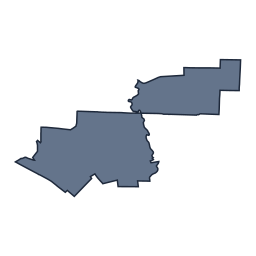 Galbinasi, Calarasi, Romania
{"feature_id": "2599482B621131645392", "entity_name": "Galbinasi", "entity_type": "district", "adm_level": 2, "iso_a3": "ROU", "parent_name": "Romania", "parent_adm1": "Calarasi", "projection": "equal_earth", "projection_center": [26.45, 44.33], "detail": "fine", "context": "isolated", "style": "filled", "palette": "slate", "viewbox_px": 256, "rotation_deg": 0, "n_neighbors": 0, "source": "geoboundaries", "source_scale": "gbopen_adm2", "svg_char_len": 3894}
<svg xmlns="http://www.w3.org/2000/svg" viewBox="0 0 256 256"><path d="M149.8,181.2L149.8,180.1L149.6,178.8L149.5,178.0L149.7,177.0L150.3,176.4L151.7,174.8L151.9,174.7L152.6,174.2L153.6,173.7L154.7,173.2L155.3,173.0L156.4,172.1L157.3,171.1L157.7,170.3L157.8,169.6L157.9,168.9L157.5,167.8L156.6,166.6L156.4,165.9L158.2,163.5L158.8,161.8L158.8,161.5L152.2,162.6L150.9,162.7L150.3,160.9L151.6,160.5L153.4,159.6L152.6,158.5L152.3,158.2L153.2,157.6L152.7,157.2L152.4,156.8L152.1,156.1L151.9,155.8L151.9,155.5L152.3,154.8L153.1,153.6L153.4,152.9L153.3,152.0L152.3,150.6L150.9,149.1L150.4,148.5L149.9,147.2L149.3,144.3L148.9,142.8L148.4,142.0L147.5,141.1L147.0,140.4L146.7,139.6L146.2,138.1L146.1,137.2L146.1,136.1L146.7,134.8L148.8,135.3L149.1,135.0L149.2,134.7L149.3,134.1L148.6,132.6L148.2,132.0L147.8,131.4L147.5,130.5L146.5,129.5L144.6,127.6L144.3,127.2L144.1,126.5L143.6,124.6L143.5,123.9L143.4,123.2L143.3,122.6L144.0,121.2L144.4,120.4L143.9,119.0L143.8,118.8L142.7,118.1L141.8,117.2L141.8,115.9L141.5,115.1L141.4,114.3L141.2,113.2L158.2,113.5L161.9,113.7L163.6,114.2L168.0,114.2L168.8,114.4L169.0,114.4L169.5,114.3L170.6,114.3L196.5,115.1L197.1,114.7L197.7,114.6L198.5,114.7L199.0,114.5L199.8,114.0L200.3,113.8L200.7,113.8L210.8,114.2L218.9,114.5L219.2,109.0L219.5,98.3L219.6,97.1L219.8,94.8L220.0,90.3L229.9,90.5L239.2,90.6L239.2,88.0L239.4,85.4L239.5,84.4L239.7,79.2L240.3,67.9L240.6,59.9L220.4,59.6L220.1,68.1L215.6,68.0L210.1,67.9L199.5,67.9L190.4,67.8L185.2,67.6L183.9,67.6L184.0,75.3L160.6,76.7L158.1,77.5L157.7,77.7L154.2,79.3L148.5,81.8L145.9,82.9L144.3,83.3L143.5,83.3L143.1,83.2L142.5,83.0L141.9,82.7L140.2,81.7L139.0,80.6L138.6,80.4L137.9,80.2L138.0,80.5L138.0,81.4L137.8,82.7L137.0,83.9L136.0,85.3L135.3,86.4L135.2,87.0L135.4,87.3L136.8,87.7L137.8,88.2L138.4,88.4L139.0,89.2L138.9,89.7L138.3,90.4L138.2,90.9L138.5,93.9L138.3,94.2L137.1,95.3L135.9,96.0L134.7,96.7L133.8,97.1L133.3,97.5L132.8,98.0L132.5,98.6L132.1,99.5L131.8,99.7L131.3,99.9L130.7,99.8L129.6,99.5L129.1,99.5L128.7,99.9L128.4,100.2L128.3,100.7L128.3,101.0L128.5,101.2L128.8,101.5L129.5,101.6L130.4,101.8L131.2,102.1L131.6,102.5L131.9,103.1L132.1,103.8L132.1,104.6L131.8,105.2L131.4,105.7L130.6,106.8L130.6,107.2L130.8,107.8L131.9,109.5L132.4,110.3L132.9,111.0L133.5,111.3L134.0,111.4L134.6,111.4L135.5,111.5L136.2,111.7L137.2,111.9L137.8,111.9L138.1,111.8L138.3,111.6L138.3,111.3L138.4,110.9L138.7,110.5L138.9,110.3L139.3,110.2L139.5,110.2L139.7,110.3L140.3,111.2L140.6,111.7L140.8,112.5L140.8,112.9L139.9,113.1L137.1,113.2L132.9,113.1L131.3,113.2L127.5,113.0L123.7,112.8L122.7,112.7L121.6,112.6L114.6,112.5L108.3,112.4L107.5,112.4L107.4,112.4L106.5,112.4L106.2,112.3L101.8,112.2L100.8,112.1L98.6,112.0L97.4,111.8L95.4,111.8L93.1,111.7L89.4,111.6L86.9,111.5L81.2,111.3L77.3,111.2L77.1,111.4L77.0,115.0L76.7,123.2L75.9,126.2L73.1,128.2L70.8,129.6L70.6,129.8L62.4,128.9L58.6,128.4L50.6,127.7L46.3,127.3L41.3,127.2L41.1,127.2L41.0,129.1L41.0,130.7L41.0,132.0L40.9,133.0L40.9,134.1L40.9,135.0L40.9,138.1L40.9,140.1L40.9,140.6L40.9,141.1L41.0,141.7L40.8,142.1L40.5,142.5L40.4,142.7L39.9,142.3L37.6,140.4L36.5,141.6L37.0,142.8L37.5,145.2L37.5,147.6L37.5,151.3L36.8,152.2L34.6,155.0L32.7,157.5L34.5,160.2L33.4,160.1L31.8,159.5L29.2,158.7L28.6,158.5L27.9,158.3L27.3,158.0L26.4,157.5L26.1,157.4L25.7,157.3L25.4,157.3L25.2,157.3L24.9,157.3L24.7,157.4L23.2,158.1L22.3,158.4L22.1,158.5L21.9,158.5L21.4,158.5L21.1,158.4L18.5,160.1L17.8,160.5L16.0,161.5L15.4,161.9L17.1,162.8L19.6,164.2L21.1,165.0L26.7,168.0L35.4,172.6L37.9,173.9L38.4,174.4L39.0,174.6L39.7,174.8L47.7,179.1L50.4,180.7L51.6,181.5L56.6,185.5L57.1,186.0L65.3,192.3L67.3,190.4L74.3,196.4L84.4,185.9L91.6,178.5L91.5,178.3L90.9,177.5L90.4,176.6L94.9,173.9L96.0,175.6L97.3,177.4L98.4,178.7L100.7,181.3L102.4,183.1L102.8,183.7L117.3,180.1L118.1,186.6L138.3,186.7L137.6,180.9L140.7,181.0L148.1,181.1L149.8,181.2Z" fill="#64748b" stroke="#1e293b" stroke-width="1.5"/></svg>